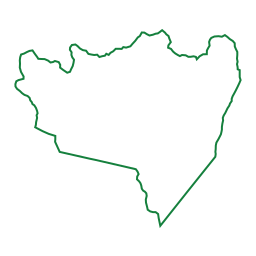 Mata Roma, Maranhão, Brazil
{"feature_id": "56859067B26606405776491", "entity_name": "Mata Roma", "entity_type": "district", "adm_level": 2, "iso_a3": "BRA", "parent_name": "Brazil", "parent_adm1": "Maranhão", "projection": "albers", "projection_center": [-43.235, -3.651], "detail": "fine", "context": "isolated", "style": "outline", "palette": "green", "viewbox_px": 256, "rotation_deg": 0, "n_neighbors": 0, "source": "geoboundaries", "source_scale": "gbopen_adm2", "svg_char_len": 2359}
<svg xmlns="http://www.w3.org/2000/svg" viewBox="0 0 256 256"><path d="M75.4,44.5L71.9,45.0L70.1,47.5L69.9,49.8L71.6,52.3L71.4,54.9L72.3,57.4L74.0,59.7L73.5,62.9L72.7,66.1L71.1,69.2L70.0,71.8L67.2,72.7L63.1,69.9L60.1,67.6L60.2,64.8L58.7,62.1L54.9,61.0L53.1,62.0L50.5,62.5L48.1,60.6L44.6,59.1L41.4,59.0L38.3,58.8L37.1,56.9L34.6,53.5L32.5,50.4L29.5,50.9L27.0,52.0L24.0,53.6L21.1,54.5L20.2,57.2L19.8,60.3L20.0,63.7L19.8,67.6L21.0,71.9L23.6,76.5L23.5,78.8L18.5,80.1L16.3,81.3L15.4,84.1L15.5,86.5L17.0,88.8L20.0,91.1L22.1,93.2L24.5,94.9L27.6,96.0L29.6,97.9L30.3,100.4L31.7,102.0L32.5,104.1L34.3,105.3L36.0,108.0L37.1,111.0L37.6,113.3L36.6,115.2L37.1,117.9L36.1,122.2L35.9,124.8L35.2,127.3L42.7,131.2L48.8,133.9L55.3,135.9L55.3,139.2L55.1,141.8L59.7,151.9L90.2,158.8L95.0,159.8L135.8,169.2L137.5,171.5L138.6,174.1L137.2,176.5L137.0,179.3L139.2,181.4L140.5,183.3L141.3,185.7L141.8,188.7L143.1,190.6L144.9,191.7L146.3,193.3L146.7,195.9L145.8,199.6L146.0,202.6L147.1,206.9L147.7,209.7L150.2,211.4L152.9,212.1L155.6,212.1L158.1,214.0L158.7,218.2L160.3,225.8L186.5,192.8L215.3,156.8L215.7,154.0L215.4,151.9L215.7,149.0L215.8,145.5L216.4,142.6L218.4,139.2L219.8,136.5L220.9,134.3L221.5,131.7L221.9,129.6L221.9,126.9L222.4,123.5L223.1,120.4L222.8,117.9L223.7,115.5L225.3,112.9L226.4,110.6L227.5,108.3L229.3,105.6L230.0,103.5L231.7,101.1L231.7,98.8L232.6,96.3L234.1,93.6L235.7,90.6L237.5,87.0L239.2,83.4L240.6,80.1L239.7,77.1L239.7,73.6L239.7,70.1L237.7,69.3L237.6,67.0L237.0,64.1L237.6,61.8L237.0,58.7L237.3,55.0L237.3,51.9L235.9,49.1L234.8,46.5L234.7,43.2L232.8,41.0L229.7,39.0L227.5,37.0L224.9,35.1L221.9,36.7L218.5,36.2L214.4,36.5L211.3,37.9L210.0,39.6L209.1,42.0L209.6,45.7L208.2,48.0L206.9,50.5L206.8,54.2L203.0,54.3L199.6,56.3L196.8,59.3L195.9,56.9L193.5,56.3L190.7,56.8L188.3,56.8L185.7,55.3L182.0,55.0L179.9,56.1L177.8,55.0L175.2,53.4L173.1,51.6L171.0,48.9L168.1,47.7L168.4,45.4L170.8,42.1L169.3,38.5L168.5,36.0L166.3,34.3L165.0,32.6L162.1,30.2L159.7,32.1L157.8,33.4L155.6,33.7L153.0,34.7L149.5,35.5L146.9,34.2L144.4,32.6L141.8,32.5L139.8,36.1L137.8,37.4L135.2,40.9L132.5,43.8L130.4,46.3L126.1,47.6L123.3,47.1L121.7,48.9L119.1,48.8L115.7,48.8L113.2,51.3L110.5,52.8L108.7,54.9L106.3,53.8L104.9,55.7L102.2,56.2L99.4,57.0L97.2,54.7L94.1,55.0L91.2,54.5L88.4,53.9L86.1,50.7L82.8,50.1L80.0,48.5L77.5,46.0L75.4,44.5Z" fill="none" stroke="#15803d" stroke-width="2"/></svg>